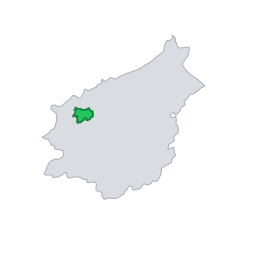 location of Kalinkavichy, Gomel, Belarus, rotated 147°
{"feature_id": "67162791B95934163913722", "entity_name": "Kalinkavichy", "entity_type": "district", "adm_level": 2, "iso_a3": "BLR", "parent_name": "Belarus", "parent_adm1": "Gomel", "projection": "equal_earth", "projection_center": [29.457, 52.185], "detail": "fine", "context": "in_parent", "style": "filled", "palette": "green", "viewbox_px": 256, "rotation_deg": 147, "n_neighbors": 0, "source": "geoboundaries", "source_scale": "gbopen_adm2", "svg_char_len": 7646}
<svg xmlns="http://www.w3.org/2000/svg" viewBox="0 0 256 256"><g transform="rotate(147 128 128)"><path d="M204.9,167.0L201.1,166.8L196.5,166.9L194.0,168.3L191.2,167.6L189.2,168.4L184.7,172.2L183.0,174.3L181.3,177.4L180.3,179.8L180.9,181.4L181.7,183.0L181.9,184.6L182.4,185.9L181.3,186.9L180.6,188.2L178.7,188.0L176.3,186.7L175.8,184.8L174.0,183.5L172.8,182.8L170.9,182.7L167.8,183.3L163.7,183.8L160.6,183.9L158.9,184.6L156.4,185.2L155.4,184.5L154.1,182.3L152.9,180.2L152.2,179.3L151.5,179.0L150.7,179.0L149.7,179.7L149.0,180.4L146.4,181.2L145.3,182.0L144.0,183.9L143.2,183.8L142.3,183.3L141.3,181.2L140.0,180.6L137.8,180.6L135.2,180.2L133.0,179.5L132.2,179.6L130.9,180.6L129.5,180.7L126.4,179.9L125.8,180.3L124.0,182.7L123.2,182.8L122.7,182.5L123.0,180.4L121.3,179.7L118.3,179.5L116.1,179.8L115.1,179.8L114.6,179.3L112.1,175.8L110.7,175.6L108.3,175.8L104.6,175.4L100.5,174.6L98.2,174.3L97.1,173.5L94.5,173.2L87.7,171.7L84.9,171.5L80.7,171.4L74.5,171.1L70.4,171.3L68.5,171.8L66.4,172.1L58.9,172.5L56.2,172.9L55.4,173.6L54.5,175.3L51.3,178.0L48.2,179.9L47.7,180.1L46.0,179.1L44.5,178.7L42.8,178.6L41.6,179.0L40.8,179.4L40.8,181.6L40.7,181.8L39.4,179.2L39.6,176.9L40.4,175.6L41.4,174.4L41.1,172.6L42.0,170.2L42.1,168.5L41.8,167.8L41.1,166.9L39.2,166.0L38.4,165.3L35.8,164.3L33.2,163.1L32.8,162.3L33.0,161.8L33.4,161.0L35.5,158.7L37.8,156.5L39.2,155.6L46.6,152.8L47.8,151.8L48.1,150.2L48.1,146.8L47.8,143.7L47.3,141.6L46.1,137.7L42.6,129.5L40.7,121.1L42.2,121.6L45.6,121.8L48.4,121.2L49.8,121.1L51.1,121.3L54.7,120.9L55.6,121.6L57.1,122.3L60.3,121.3L63.2,120.1L66.1,120.3L66.5,119.7L67.3,116.7L68.2,116.1L71.7,116.4L73.0,115.8L74.4,114.4L76.5,113.5L78.2,113.5L80.0,112.5L80.9,113.1L81.2,114.4L80.6,115.3L80.9,115.7L82.1,116.2L84.2,116.2L85.6,115.8L85.9,115.2L85.9,114.2L85.6,113.3L84.7,112.5L83.1,112.0L81.9,112.0L81.7,111.5L82.1,110.4L83.2,108.4L84.6,106.5L85.4,105.8L85.5,105.2L85.4,104.1L85.4,102.1L86.6,99.3L88.2,97.2L90.3,96.5L92.8,96.2L94.5,95.2L95.3,94.0L96.0,92.2L96.8,91.9L102.9,92.1L103.8,90.3L104.3,89.8L105.5,89.3L106.3,88.7L106.0,88.2L104.5,87.8L100.9,87.6L100.2,87.0L100.4,86.3L101.4,84.4L102.4,82.1L102.9,80.2L103.0,79.2L103.5,78.9L106.5,78.5L107.4,78.2L110.0,75.7L112.0,75.3L116.9,75.9L119.2,75.9L122.1,76.0L122.4,75.8L123.4,73.3L128.4,69.4L131.1,68.1L132.7,67.8L133.3,67.8L135.9,69.9L136.5,70.0L138.3,69.1L141.3,69.0L142.8,69.8L144.8,72.3L145.8,72.6L148.8,71.2L150.4,70.7L151.5,70.7L157.0,72.7L157.5,73.3L157.5,74.1L156.6,76.4L157.8,77.8L159.1,78.8L162.0,77.2L163.1,76.7L164.2,76.7L165.8,76.1L166.9,75.2L168.0,74.9L170.0,75.1L173.7,74.9L178.0,76.3L178.4,76.8L180.6,78.4L181.4,79.2L182.1,79.5L183.2,80.3L184.8,80.8L185.8,80.6L186.4,80.9L186.8,81.5L186.9,82.6L186.8,85.7L185.2,87.3L185.0,87.8L185.1,88.5L186.4,89.8L188.0,91.9L188.4,93.1L188.4,94.0L186.2,96.7L185.5,97.3L185.0,98.6L184.8,100.0L184.9,100.5L188.6,102.6L191.3,103.8L191.9,104.3L192.0,104.7L190.6,107.0L190.4,107.6L192.6,108.5L193.8,110.0L194.9,112.5L197.0,114.8L204.7,118.3L205.4,118.9L205.6,119.6L205.4,121.2L204.0,124.3L205.4,124.8L208.8,124.6L212.9,125.0L217.9,127.2L217.9,128.2L217.4,129.1L217.8,130.0L218.3,130.8L222.7,133.3L223.1,134.0L223.2,135.2L223.1,136.0L221.9,136.2L220.6,136.6L218.5,137.7L217.6,139.2L214.2,141.2L212.0,142.1L210.3,142.2L206.2,141.8L204.8,140.8L204.2,139.8L202.6,139.4L200.5,139.4L197.6,139.5L197.0,139.8L196.6,140.9L195.4,142.9L194.5,144.0L198.2,147.9L200.1,149.5L200.7,150.4L200.7,151.1L199.8,151.9L200.0,153.6L201.8,155.8L201.2,156.1L201.0,158.8L201.1,161.7L201.6,162.3L202.6,162.9L203.4,164.0L204.8,166.4L204.9,167.0Z" fill="#d9dde1" stroke="#a8b0b8" stroke-width="1"/><path d="M150.6,157.1L150.6,157.5L150.4,157.7L150.3,157.8L150.5,158.0L150.4,158.3L150.2,158.4L150.2,158.5L150.2,158.8L150.0,159.0L149.8,159.0L149.4,159.1L149.4,159.3L149.6,159.4L149.6,159.5L149.8,159.7L150.0,159.8L149.9,159.9L149.5,160.0L149.4,160.0L149.1,160.2L148.9,160.2L148.8,160.3L148.7,160.5L148.7,160.8L148.7,161.0L148.9,161.2L149.1,161.3L148.9,161.5L148.8,161.8L149.0,161.8L149.3,161.9L149.7,162.0L149.7,162.4L149.7,162.6L150.0,162.9L150.1,163.1L150.3,163.2L150.2,163.3L150.1,163.6L150.1,163.8L149.8,163.9L149.8,164.0L150.0,164.2L150.1,164.4L149.9,164.5L149.7,164.8L149.7,165.0L149.8,165.1L150.0,165.3L149.9,165.5L150.0,165.8L149.9,165.9L149.9,166.0L150.0,166.1L150.3,166.0L150.5,166.0L150.8,166.0L150.9,165.9L151.0,165.8L151.3,165.8L151.4,166.1L151.5,166.0L151.9,166.0L152.0,166.1L152.3,166.1L152.2,165.8L152.3,165.8L152.5,165.8L152.8,166.0L153.0,166.2L153.1,166.3L153.4,166.3L153.5,166.4L153.6,166.6L153.7,166.8L153.9,166.9L154.0,167.0L154.3,167.0L154.4,166.9L154.5,166.7L154.7,166.8L154.8,166.9L154.9,167.0L155.1,167.1L155.3,167.3L155.6,167.4L155.7,167.5L155.9,167.6L156.1,167.8L156.2,168.2L156.3,168.3L156.7,168.5L157.0,168.6L157.3,168.8L157.4,169.0L157.1,169.3L157.0,169.5L157.1,169.8L157.2,170.0L157.3,170.2L157.5,170.3L157.8,170.5L158.4,170.5L158.5,170.6L158.7,170.8L158.9,171.0L159.7,171.5L159.8,171.7L159.9,172.0L160.0,172.2L160.0,172.3L160.0,172.5L160.2,172.8L160.2,173.0L160.3,173.3L160.4,173.6L160.6,173.7L160.8,173.8L160.8,173.7L161.0,173.6L161.3,173.5L161.4,173.4L161.5,173.2L161.5,172.8L161.6,172.6L161.6,172.4L161.8,172.3L161.8,172.2L162.0,172.5L162.3,172.4L162.5,172.5L162.8,172.5L163.0,172.5L162.9,172.4L162.6,172.2L162.5,171.9L162.4,171.8L162.4,171.7L162.6,171.4L162.7,171.0L162.8,170.9L163.0,170.7L163.4,170.6L163.5,170.5L163.6,170.2L163.7,169.9L163.8,169.8L163.9,169.7L164.0,169.3L164.2,169.2L164.5,169.2L165.4,168.7L165.5,168.7L165.8,168.7L166.1,168.8L166.5,168.8L166.8,168.7L166.9,168.4L167.2,168.2L167.5,168.0L167.6,167.9L167.8,167.7L167.8,167.4L167.3,167.3L167.1,167.3L166.8,167.3L166.6,167.2L166.4,167.2L166.3,166.9L166.0,166.7L165.9,166.7L165.8,166.4L165.7,166.3L165.7,166.2L165.8,166.0L165.8,165.9L165.7,165.8L165.4,165.8L165.2,165.8L165.1,166.0L165.0,166.3L164.9,166.3L164.7,166.1L164.4,166.0L164.3,165.9L164.3,165.7L164.2,165.7L163.9,165.5L163.9,165.4L163.9,165.0L164.0,164.9L164.4,164.7L164.6,164.7L164.8,164.7L165.0,164.7L165.3,164.5L165.4,164.4L165.4,164.2L165.2,163.9L165.3,163.7L165.7,163.5L165.7,163.4L165.5,163.0L165.5,162.8L166.0,162.6L166.4,162.4L166.8,162.1L167.0,162.0L167.1,161.9L167.2,161.5L167.3,161.5L167.4,161.3L167.4,161.2L167.2,161.1L167.1,160.8L166.7,160.8L166.4,160.6L166.6,160.3L166.8,160.2L167.1,160.1L167.3,160.0L167.6,159.8L167.6,159.7L167.4,159.4L167.2,159.4L166.9,159.3L166.7,159.4L166.4,159.4L166.2,159.4L165.8,159.3L165.7,159.3L165.4,159.3L165.4,159.2L165.5,159.1L165.5,158.9L165.4,158.7L165.3,158.8L165.2,158.8L164.9,158.8L164.6,158.9L164.4,158.6L164.2,158.5L164.0,158.8L163.8,158.9L163.6,158.9L163.4,158.8L163.3,158.7L163.1,158.6L162.9,158.5L162.6,158.6L162.3,158.7L162.0,158.8L161.9,158.8L161.7,158.7L161.4,158.5L161.2,158.5L161.1,158.8L161.2,159.0L160.9,158.9L160.7,158.9L160.5,159.0L160.4,159.1L160.5,159.2L160.6,159.3L160.5,159.5L160.4,159.7L160.1,159.8L159.9,159.8L159.5,159.8L159.4,159.9L159.2,159.9L159.0,159.7L158.9,159.6L158.7,159.7L158.6,159.4L158.6,159.1L158.4,159.0L158.2,158.9L157.6,158.8L157.4,158.7L157.4,158.4L157.5,158.3L157.6,158.2L157.8,157.9L158.1,157.7L158.5,157.5L158.7,157.4L158.6,157.2L158.2,157.2L158.0,156.8L158.0,156.7L157.9,156.4L157.7,156.3L157.4,156.6L157.2,156.6L157.0,156.3L157.0,156.2L156.9,156.2L156.7,156.5L156.3,156.6L156.2,156.6L155.9,156.4L155.7,156.3L155.6,156.1L155.4,156.0L155.2,156.0L154.8,156.1L154.6,156.2L154.4,156.3L154.1,156.5L153.9,156.5L153.7,156.6L153.5,156.9L153.4,157.1L153.2,157.2L153.1,157.3L152.9,157.3L152.7,157.1L152.3,157.3L152.2,157.3L152.2,157.2L152.2,156.9L152.2,156.7L151.8,156.7L151.7,156.9L151.6,157.1L151.5,157.3L151.4,157.4L151.3,157.2L151.1,156.9L150.7,157.1L150.6,157.1Z" fill="#22c55e" stroke="#15803d" stroke-width="1.5"/></g></svg>